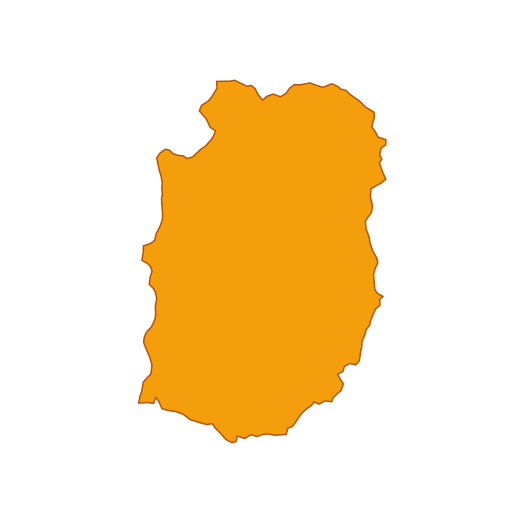 the district of Pariquera-Açu, São Paulo, Brazil, rotated 158°
{"feature_id": "56859067B89497836520206", "entity_name": "Pariquera-Açu", "entity_type": "district", "adm_level": 2, "iso_a3": "BRA", "parent_name": "Brazil", "parent_adm1": "São Paulo", "projection": "albers", "projection_center": [-47.849, -24.682], "detail": "fine", "context": "isolated", "style": "filled", "palette": "amber", "viewbox_px": 512, "rotation_deg": 158, "n_neighbors": 0, "source": "geoboundaries", "source_scale": "gbopen_adm2", "svg_char_len": 2440}
<svg xmlns="http://www.w3.org/2000/svg" viewBox="0 0 512 512"><g transform="rotate(158 256 256)"><path d="M277.6,371.6L283.5,372.2L285.7,375.9L290.2,378.3L294.5,381.8L296.7,386.6L300.2,389.0L306.7,387.3L311.3,384.0L312.5,377.6L313.5,372.1L314.1,365.4L315.6,358.7L318.1,353.9L319.7,348.2L322.1,344.6L323.8,339.6L326.1,332.2L328.6,325.7L331.2,322.4L334.4,319.0L340.3,314.0L344.0,308.5L349.6,307.1L356.6,307.6L359.2,301.5L363.5,294.7L359.4,289.8L357.7,285.8L358.1,280.9L362.2,275.9L365.6,269.8L363.3,264.4L362.9,259.6L364.1,253.4L368.1,247.4L370.7,240.1L373.1,235.5L379.4,229.6L386.6,226.2L390.4,222.0L392.6,217.9L392.7,211.0L392.4,202.9L393.1,194.5L395.2,190.4L397.7,185.9L402.7,183.9L407.9,181.1L412.4,173.7L415.9,169.7L420.0,163.6L412.2,161.0L406.1,157.8L402.0,162.5L400.7,158.1L400.3,149.6L395.1,145.5L388.7,141.9L383.0,136.7L378.2,128.8L374.2,125.7L370.7,122.6L364.9,118.3L359.2,116.8L358.2,111.6L355.4,105.1L352.6,97.1L348.4,92.2L344.1,91.3L340.8,96.1L334.7,91.0L327.4,92.2L322.8,88.2L316.7,88.1L311.5,86.5L306.4,83.2L302.1,81.5L294.6,79.3L291.1,84.4L286.1,84.3L280.6,87.7L276.6,90.5L272.2,93.1L266.3,95.4L260.9,96.6L257.0,98.9L253.1,95.1L246.2,95.8L240.5,92.5L237.5,95.6L231.8,98.0L227.5,99.4L222.9,104.7L224.0,110.2L224.6,115.8L218.8,116.4L215.5,120.4L209.5,121.3L204.3,117.8L199.5,120.1L196.9,124.5L194.7,128.2L192.1,131.9L189.7,137.2L185.0,141.6L181.4,146.5L176.5,149.4L173.6,153.6L168.9,158.4L164.8,162.2L159.5,163.9L157.7,169.2L153.4,171.0L157.4,175.8L158.4,180.2L156.1,188.0L154.1,194.5L150.7,199.2L145.5,204.3L144.8,208.8L145.9,217.2L145.3,225.5L144.0,231.2L143.8,239.8L141.6,247.4L137.9,249.8L132.9,252.9L129.1,258.9L128.4,264.5L127.5,268.9L124.1,275.3L119.0,276.1L113.6,276.6L106.9,278.5L107.1,287.8L106.7,296.4L103.1,298.5L103.5,303.4L99.8,308.9L94.1,310.5L92.0,315.1L98.5,320.8L98.7,326.0L100.3,332.5L94.4,340.1L92.7,345.0L95.5,348.8L98.5,352.8L102.0,360.9L104.6,364.9L108.3,370.7L110.7,376.1L114.5,378.5L117.1,383.1L121.3,387.4L130.8,387.3L137.2,392.6L141.1,396.2L145.6,397.1L151.3,398.3L156.3,400.5L161.7,399.1L167.3,395.5L173.7,394.5L179.4,399.7L185.9,400.0L191.6,398.1L193.7,405.5L194.2,411.7L196.6,416.0L200.7,416.7L205.8,422.2L209.8,426.8L215.2,428.0L227.1,432.7L229.1,426.5L233.6,422.8L238.2,419.6L242.2,417.6L250.1,416.0L254.2,411.7L252.6,407.1L250.7,401.2L250.3,392.5L246.8,387.3L250.0,383.5L253.6,380.9L261.5,376.9L267.3,375.6L271.8,373.9L277.6,371.6Z" fill="#f59e0b" stroke="#b45309" stroke-width="1.5"/></g></svg>